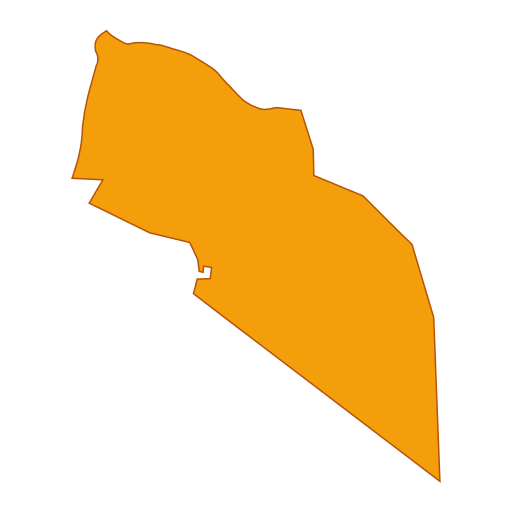 outline of Al Hazm, Al Jawf, Yemen
{"feature_id": "15242507B39444871450258", "entity_name": "Al Hazm", "entity_type": "district", "adm_level": 2, "iso_a3": "YEM", "parent_name": "Yemen", "parent_adm1": "Al Jawf", "projection": "robinson", "projection_center": [44.848, 16.077], "detail": "fine", "context": "isolated", "style": "filled", "palette": "amber", "viewbox_px": 512, "rotation_deg": 0, "n_neighbors": 0, "source": "geoboundaries", "source_scale": "gbopen_adm2", "svg_char_len": 2246}
<svg xmlns="http://www.w3.org/2000/svg" viewBox="0 0 512 512"><path d="M106.5,30.7L105.4,31.5L101.9,33.8L98.5,36.8L96.6,39.6L95.6,41.9L95.5,42.5L95.2,44.4L95.2,48.1L95.6,51.1L97.3,54.6L97.9,57.8L97.9,60.6L97.3,63.4L96.3,65.7L96.2,65.7L96.2,65.8L93.0,77.4L90.3,87.1L88.0,95.7L86.7,101.8L86.4,103.1L84.7,111.4L83.7,118.8L82.8,124.2L82.4,128.3L82.2,134.1L81.4,142.0L80.6,147.3L79.3,153.6L77.9,159.8L75.2,168.6L72.2,178.1L72.1,178.3L80.9,178.7L102.9,179.8L100.1,184.5L89.2,203.2L111.8,214.2L119.7,218.1L120.6,218.5L126.0,221.2L126.8,221.6L127.1,221.7L129.0,222.7L131.5,223.9L135.5,225.8L138.0,227.1L148.3,232.1L150.0,232.9L153.8,233.8L154.2,233.9L165.0,236.5L172.5,238.3L174.4,238.8L179.2,239.9L179.9,240.1L182.3,240.7L183.1,240.9L188.7,242.2L189.7,242.5L193.0,249.3L194.1,251.7L194.2,252.0L197.0,257.9L197.7,259.3L198.4,264.7L198.5,265.6L199.2,271.4L199.4,271.4L201.8,272.0L203.1,272.3L203.6,266.1L211.6,267.5L210.8,274.0L210.2,278.6L200.1,279.0L197.4,279.0L197.2,279.1L197.1,279.6L194.1,291.3L193.4,293.6L198.4,297.4L205.4,302.8L214.4,309.7L228.6,320.6L255.1,340.7L281.9,361.1L286.9,364.9L323.1,392.4L339.6,405.0L429.1,473.1L439.9,481.3L433.7,317.4L425.1,288.5L423.5,283.2L419.1,268.3L414.0,251.2L413.9,250.6L412.3,245.4L412.0,244.4L400.7,233.5L384.1,217.0L380.0,212.8L376.5,209.4L363.0,195.9L344.3,188.2L333.6,183.7L313.8,175.5L313.3,149.5L310.9,141.9L300.9,110.3L286.7,108.8L283.4,108.3L281.0,108.1L278.8,107.8L277.1,107.7L276.1,107.7L274.8,107.9L273.7,108.0L272.0,108.4L270.8,108.8L269.5,109.0L268.0,109.0L265.2,109.5L262.7,109.3L259.7,108.7L256.0,107.3L251.4,105.4L248.5,103.7L245.8,102.0L243.6,100.6L240.4,97.5L236.8,93.9L232.6,89.4L229.0,85.4L226.6,83.3L224.2,80.6L222.0,78.2L220.5,76.3L218.8,74.3L217.0,72.3L215.2,70.6L212.7,68.5L210.0,66.8L207.3,65.0L203.4,62.5L203.2,62.4L199.9,60.4L196.9,58.7L194.5,57.1L192.3,55.8L189.8,54.4L187.2,53.4L184.1,52.2L179.9,50.9L175.2,49.5L171.5,48.4L168.6,47.4L166.1,46.7L164.0,46.1L161.6,45.3L159.2,44.8L157.2,44.8L154.3,44.3L150.4,43.4L147.6,43.1L145.4,42.9L142.9,42.6L140.6,42.6L138.2,42.7L135.8,42.7L133.7,43.0L131.9,43.2L130.2,43.7L128.8,43.9L126.9,43.9L124.2,43.0L120.4,40.9L116.7,38.9L113.3,36.7L110.9,35.0L108.5,32.9L106.7,30.9L106.5,30.7Z" fill="#f59e0b" stroke="#b45309" stroke-width="1.5"/></svg>